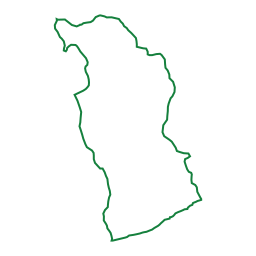 outline of Germasogeia, Limassol, Cyprus
{"feature_id": "46923920B41569206347275", "entity_name": "Germasogeia", "entity_type": "district", "adm_level": 2, "iso_a3": "CYP", "parent_name": "Cyprus", "parent_adm1": "Limassol", "projection": "natural_earth1", "projection_center": [33.082, 34.721], "detail": "fine", "context": "isolated", "style": "outline", "palette": "green", "viewbox_px": 256, "rotation_deg": 0, "n_neighbors": 0, "source": "geoboundaries", "source_scale": "gbopen_adm2", "svg_char_len": 2442}
<svg xmlns="http://www.w3.org/2000/svg" viewBox="0 0 256 256"><path d="M56.7,19.1L56.9,20.7L54.8,25.1L55.1,28.6L57.6,31.9L59.9,37.0L61.0,38.0L61.7,38.6L63.8,41.3L64.8,45.6L64.0,48.4L63.8,50.5L65.8,51.3L66.8,49.9L67.2,47.9L69.0,46.2L71.1,44.8L75.6,45.0L77.0,46.2L78.5,48.4L80.3,51.5L86.0,58.2L87.7,62.2L87.3,64.9L85.6,66.5L85.1,68.4L85.8,71.8L87.9,75.9L88.7,79.3L89.0,82.5L88.8,85.4L87.4,87.3L85.8,89.0L83.2,90.7L74.6,94.8L77.5,100.8L79.8,107.5L81.2,112.0L80.6,118.1L80.3,122.4L79.5,126.3L80.9,130.5L82.2,134.7L83.3,138.7L85.4,144.2L86.9,147.2L89.2,148.7L92.0,150.5L93.6,152.9L93.8,155.7L93.8,159.2L95.0,162.9L100.1,168.5L102.6,168.5L104.7,172.3L106.0,176.0L107.4,178.9L108.0,184.1L108.8,187.7L109.8,190.9L110.3,194.7L109.1,197.4L108.3,201.2L107.9,205.1L107.8,207.1L105.0,210.0L103.3,213.6L103.9,216.3L103.8,220.5L106.0,223.9L106.9,225.6L107.4,228.4L109.2,230.8L110.6,232.9L111.5,236.0L112.1,238.8L111.6,240.6L112.7,240.6L125.2,237.6L127.1,237.0L129.1,235.5L133.3,234.9L135.8,234.4L139.8,233.5L142.4,232.6L144.1,232.2L146.5,231.8L149.7,230.5L152.1,229.6L154.3,228.0L158.1,225.8L159.7,224.5L160.6,223.5L163.3,221.1L164.6,219.8L169.6,218.6L170.0,217.2L171.2,217.1L173.0,216.2L174.2,215.0L175.4,213.4L177.9,212.2L181.0,211.0L183.5,209.9L184.5,209.3L187.4,209.0L187.9,207.6L190.1,205.7L191.4,205.2L192.3,204.9L192.5,204.3L192.9,203.1L194.4,202.4L195.6,202.0L197.5,201.0L201.2,199.9L201.2,199.3L201.2,199.0L200.3,197.5L197.3,191.8L196.8,187.3L195.3,185.0L191.8,183.1L191.4,179.8L191.6,176.2L191.8,174.4L191.2,172.8L188.8,171.8L187.2,169.3L186.0,166.0L184.6,161.7L185.1,159.1L187.8,157.9L190.0,156.3L188.4,153.5L183.7,153.2L179.4,151.9L176.9,151.0L175.7,147.7L171.8,141.7L169.5,139.8L164.2,136.2L162.5,132.2L163.3,125.2L165.3,122.3L167.1,119.7L167.3,116.1L167.8,111.1L167.9,106.9L168.7,103.5L169.8,100.5L170.6,98.3L172.4,96.3L174.5,92.0L174.8,87.3L174.5,86.4L173.6,83.5L173.1,81.8L169.5,78.2L169.3,74.5L167.7,70.5L165.5,67.8L165.1,64.2L164.8,59.4L161.6,55.0L160.0,53.8L156.3,54.1L152.3,55.1L149.4,55.1L147.7,54.4L147.7,51.7L146.2,48.6L143.1,48.3L136.8,46.8L136.8,43.9L136.7,43.2L136.5,41.1L135.9,38.0L132.8,34.6L131.2,32.9L128.2,30.2L126.8,28.1L126.4,27.8L124.1,26.2L122.8,23.6L120.8,21.7L118.9,19.0L111.6,17.3L106.7,17.4L104.6,16.4L100.5,15.4L99.4,15.5L95.7,17.1L94.6,18.5L93.0,20.6L90.6,22.1L86.8,22.6L83.4,23.2L81.6,24.6L80.3,24.7L80.3,24.8L76.7,26.4L71.9,25.0L64.9,19.5L57.9,19.7L56.7,19.1Z" fill="none" stroke="#15803d" stroke-width="2"/></svg>